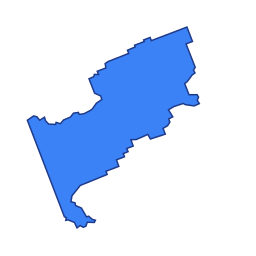 outline of Bannock, Idaho, United States of America, rotated 249°
{"feature_id": "52423323B14195379184896", "entity_name": "Bannock", "entity_type": "district", "adm_level": 2, "iso_a3": "USA", "parent_name": "United States of America", "parent_adm1": "Idaho", "projection": "orthographic", "projection_center": [-112.285, 42.639], "detail": "fine", "context": "isolated", "style": "filled", "palette": "blue", "viewbox_px": 256, "rotation_deg": 249, "n_neighbors": 0, "source": "geoboundaries", "source_scale": "gbopen_adm2", "svg_char_len": 1281}
<svg xmlns="http://www.w3.org/2000/svg" viewBox="0 0 256 256"><g transform="rotate(249 128 128)"><path d="M51.4,53.5L54.6,56.2L51.9,62.7L53.6,64.5L55.4,62.0L59.8,59.6L59.9,57.4L70.0,55.8L74.3,51.3L77.2,51.7L79.6,48.3L84.8,51.4L91.5,62.9L92.1,91.9L95.5,92.0L95.5,105.7L102.4,105.8L102.4,114.4L105.8,114.4L105.9,119.6L109.3,119.5L109.3,126.4L116.0,126.5L114.3,131.6L114.9,144.2L109.7,145.0L108.9,160.6L115.1,160.6L115.9,165.7L118.5,169.2L121.9,169.2L122.4,173.8L130.5,172.3L131.6,178.7L131.1,188.3L129.2,190.0L124.9,197.7L125.2,203.3L129.1,202.6L131.5,204.9L134.3,204.5L137.2,196.9L149.2,196.8L150.1,200.0L154.5,206.9L155.4,210.3L158.6,209.9L160.6,212.5L185.7,212.3L185.7,219.2L201.1,219.2L201.2,181.1L204.6,181.1L204.6,174.2L202.9,174.2L202.9,163.8L201.1,163.8L200.8,155.4L197.4,155.4L197.2,133.2L196.3,129.7L192.0,128.9L192.0,119.6L188.5,119.6L190.1,115.8L188.2,114.4L187.9,109.2L172.5,109.3L167.7,114.0L164.0,113.8L162.5,107.4L158.5,101.4L157.8,98.6L157.1,92.0L158.2,87.3L160.3,87.3L161.4,82.4L158.8,78.1L158.6,70.8L156.3,66.4L159.0,62.9L157.3,61.7L160.1,55.3L164.4,53.6L168.0,53.9L166.9,48.4L171.2,46.9L173.1,44.2L171.3,36.8L67.9,36.8L66.5,38.3L64.1,36.8L63.7,39.1L59.0,44.2L53.0,44.6L54.1,48.3L51.4,50.6L51.4,53.5Z" fill="#3b82f6" stroke="#1e3a8a" stroke-width="1.5"/></g></svg>